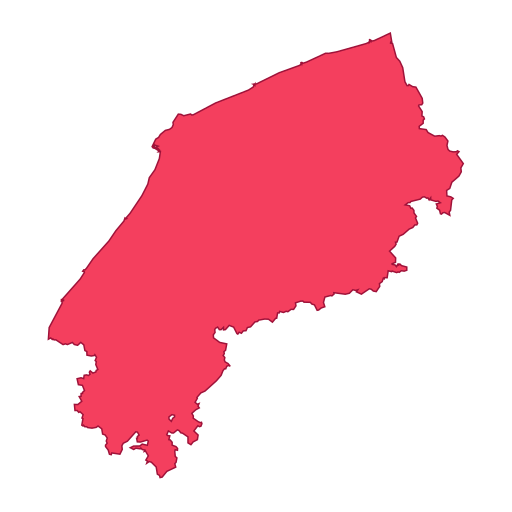 Marche, Macerata, Italy, rotated 268°
{"feature_id": "23120603B49951072422318", "entity_name": "Marche", "entity_type": "district", "adm_level": 2, "iso_a3": "ITA", "parent_name": "Italy", "parent_adm1": "Macerata", "projection": "equal_earth", "projection_center": [13.047, 43.328], "detail": "fine", "context": "isolated", "style": "filled", "palette": "rose", "viewbox_px": 512, "rotation_deg": 268, "n_neighbors": 0, "source": "geoboundaries", "source_scale": "gbopen_adm2", "svg_char_len": 5962}
<svg xmlns="http://www.w3.org/2000/svg" viewBox="0 0 512 512"><g transform="rotate(268 256 256)"><path d="M114.0,69.3L107.9,69.7L107.8,71.9L105.9,73.4L106.5,74.7L103.5,77.7L100.1,76.4L99.6,77.4L93.0,76.0L92.2,77.1L92.9,77.8L91.4,78.8L91.3,80.8L90.4,81.8L89.7,86.1L90.3,90.3L91.6,92.2L88.7,95.8L83.4,96.5L82.4,99.0L79.3,101.0L76.3,99.9L74.1,100.7L72.2,99.0L70.8,99.0L67.3,101.5L63.0,102.6L62.5,104.4L64.2,105.0L62.7,113.1L67.4,115.6L71.0,115.3L73.5,116.8L75.4,121.0L84.5,129.7L84.1,131.4L81.1,132.9L79.7,131.1L78.2,131.2L78.0,130.3L74.4,130.9L74.1,134.0L75.8,140.7L74.8,141.9L70.6,140.8L72.0,135.7L70.2,133.3L70.3,127.0L68.8,123.7L66.9,127.0L68.1,129.2L67.3,133.6L68.1,134.2L66.5,135.6L66.0,138.1L64.6,137.5L65.0,138.7L60.0,141.4L55.9,138.8L54.8,140.4L52.7,139.6L54.3,142.1L53.6,144.2L48.6,148.9L41.4,149.8L40.1,151.9L37.9,152.4L38.3,154.5L43.9,159.4L47.8,168.4L51.3,167.6L52.6,168.9L57.0,169.9L58.5,168.3L63.5,168.0L65.2,168.5L64.6,170.7L66.4,170.9L68.3,169.4L69.9,165.6L72.8,165.7L75.2,163.8L75.5,162.5L79.3,163.6L79.6,161.5L80.5,160.6L84.2,162.3L82.1,165.6L82.0,167.4L85.0,171.4L84.2,173.0L81.9,174.7L81.5,176.4L77.6,181.7L71.6,181.5L69.7,184.4L72.4,186.7L74.5,191.0L79.1,191.9L83.3,187.8L88.4,192.0L87.4,193.5L87.8,195.0L90.3,196.1L91.7,195.7L91.4,194.7L92.4,192.5L96.1,187.6L98.3,187.8L101.0,186.4L104.4,190.4L106.2,194.0L108.0,192.8L110.5,193.9L109.9,192.2L111.9,190.0L115.8,192.4L116.7,192.0L121.1,196.1L122.8,200.3L132.7,212.1L138.0,217.0L142.6,219.0L144.4,220.6L144.3,221.8L146.8,222.9L147.6,224.8L146.7,226.4L149.5,224.3L151.2,221.5L153.1,220.7L155.6,221.3L157.7,219.7L159.5,220.9L161.5,220.6L162.9,222.3L169.2,223.7L170.9,216.7L175.7,210.7L178.7,210.6L181.0,212.4L184.0,212.2L185.3,213.2L186.3,215.2L183.7,216.8L183.6,218.5L185.8,221.0L183.3,221.0L183.5,222.9L187.6,226.8L185.7,231.2L179.2,234.2L178.6,235.1L180.4,236.5L179.3,238.7L181.6,240.7L181.7,243.4L184.8,244.9L185.4,248.1L190.2,252.7L190.5,255.3L191.8,256.4L192.7,262.5L192.4,266.3L189.3,270.1L193.1,273.5L193.1,274.5L198.4,275.6L198.3,277.2L199.8,277.7L198.6,281.5L199.7,284.2L199.2,285.9L201.5,289.2L201.3,291.7L204.8,294.2L207.8,293.8L209.3,299.0L209.3,301.3L208.2,302.3L207.8,308.7L206.1,310.0L205.1,312.7L199.6,315.2L199.8,316.7L201.8,319.4L202.9,323.0L207.2,321.8L212.6,323.4L213.9,329.2L213.5,330.5L215.3,332.7L216.6,332.5L214.7,343.9L215.5,348.0L218.9,351.6L218.1,354.4L218.7,356.6L216.7,355.1L214.2,360.0L219.3,368.1L218.7,370.1L216.9,372.0L216.2,374.9L221.3,378.6L224.1,378.4L226.0,381.2L229.4,382.5L228.7,383.3L229.9,383.7L229.7,386.3L236.6,387.6L235.6,391.0L236.2,391.5L234.5,396.0L235.1,397.4L234.7,398.6L236.2,400.7L235.7,403.6L236.5,406.2L239.7,406.3L241.3,401.1L242.8,399.7L242.0,398.1L243.0,398.5L243.1,397.6L240.5,395.9L242.2,394.7L242.9,391.8L243.5,391.7L244.8,395.2L249.2,395.5L256.2,389.6L260.8,395.0L262.9,396.4L264.9,395.9L265.0,397.4L270.8,399.7L272.5,403.8L277.6,410.1L279.0,413.7L281.5,415.8L281.5,417.8L283.1,418.7L288.5,416.7L289.9,417.8L293.5,415.4L296.1,415.4L298.5,413.7L298.3,412.4L300.9,411.3L301.9,406.9L304.0,409.8L304.0,411.8L305.1,412.7L307.1,422.1L309.0,424.3L309.3,426.3L307.8,428.7L308.1,429.8L306.0,431.0L308.1,432.6L306.0,432.6L304.3,437.7L304.6,439.8L302.8,442.1L301.7,438.0L299.3,439.0L297.5,438.4L295.3,441.1L291.8,441.8L291.4,442.8L292.7,444.3L292.9,446.1L289.9,451.1L293.2,450.6L294.8,452.0L305.2,453.6L306.7,455.1L308.3,452.8L309.4,448.9L314.9,448.8L316.8,452.0L322.9,454.3L328.8,461.6L333.0,464.1L336.9,463.8L341.1,466.4L350.6,460.1L353.2,462.5L354.1,461.0L353.2,459.9L353.2,456.6L354.1,453.3L355.8,451.6L359.9,450.7L364.2,451.8L368.3,449.0L370.1,446.5L369.4,445.1L369.9,443.5L369.5,438.8L373.4,432.2L376.4,430.5L377.6,423.7L379.9,423.6L382.8,427.7L385.9,427.8L387.1,429.1L389.2,428.4L390.2,426.7L394.5,427.1L400.3,423.7L401.3,424.2L401.4,426.9L403.0,428.0L407.8,427.6L419.2,421.7L419.8,418.4L422.1,414.9L421.0,414.2L421.0,412.9L425.0,410.9L439.1,409.2L445.6,406.5L449.5,403.2L463.5,399.9L464.0,397.9L465.1,398.1L464.9,399.2L474.1,398.0L467.1,381.6L466.8,379.5L468.2,377.4L468.4,376.4L467.2,378.7L466.3,378.5L466.7,378.0L465.7,377.0L467.4,377.3L465.5,376.1L464.4,373.3L457.2,343.7L456.0,335.8L456.2,332.6L448.0,313.2L447.0,309.6L447.7,308.9L447.7,307.7L447.3,307.2L447.6,308.8L446.8,309.4L447.3,308.8L446.2,308.5L447.3,308.1L445.1,306.6L438.4,285.7L428.1,262.8L427.7,261.1L428.0,260.9L427.8,259.4L427.3,260.4L427.9,260.9L426.5,260.8L427.2,259.9L425.1,259.3L422.1,254.3L410.4,221.1L399.3,198.2L399.2,196.6L400.2,195.6L398.7,188.7L400.2,185.9L400.5,183.3L392.5,177.7L390.1,177.9L387.3,176.5L385.6,174.0L384.7,169.8L380.8,164.7L377.9,162.8L376.3,159.9L368.9,156.0L368.0,156.7L369.7,157.8L367.7,157.7L367.6,157.8L366.7,157.9L370.4,158.7L369.2,162.0L367.7,158.8L367.8,159.6L367.0,158.9L365.5,161.1L366.4,160.5L367.1,161.0L366.3,161.4L367.2,162.4L366.3,161.8L365.4,163.0L364.7,162.3L365.4,161.5L363.3,162.5L364.5,162.4L365.2,163.1L364.2,163.7L363.6,162.8L363.7,164.1L356.7,162.8L345.7,158.0L338.0,152.1L331.6,150.4L320.3,144.1L303.0,131.6L298.3,127.2L298.5,126.1L297.8,127.7L297.4,126.5L298.1,126.5L297.9,126.7L297.8,127.4L298.3,126.3L295.5,125.2L286.1,116.8L276.1,109.5L259.0,93.1L249.7,86.2L248.1,84.6L248.2,83.4L246.8,82.3L246.3,83.9L245.4,83.9L239.1,79.5L219.3,60.7L219.3,59.8L218.5,62.8L219.1,60.0L217.8,59.9L218.2,60.9L218.3,62.8L217.7,60.5L215.6,60.6L191.7,46.8L180.1,45.6L181.3,48.0L179.7,49.5L180.2,50.1L179.2,51.3L179.2,53.1L174.2,60.1L174.9,62.5L174.1,64.4L176.0,69.5L173.9,71.3L173.0,74.6L175.8,77.9L173.2,80.8L167.5,81.7L166.4,83.6L162.8,83.6L161.8,87.9L162.2,91.0L163.0,91.5L160.4,93.1L157.1,91.6L156.1,92.7L153.1,92.1L148.1,94.0L147.2,92.3L145.7,91.9L144.7,88.9L147.0,86.3L145.7,85.4L143.6,86.0L142.4,84.3L143.1,82.7L142.8,80.1L139.5,79.5L140.4,76.9L139.6,72.9L133.6,74.0L132.8,78.0L127.5,79.9L125.7,77.8L124.7,77.8L124.6,76.4L121.9,76.3L121.7,74.4L116.9,76.8L113.8,72.8L114.0,69.3ZM98.1,163.3L100.4,166.4L99.7,169.0L98.0,169.0L96.8,167.2L93.7,165.6L96.0,163.4L98.1,163.3Z" fill="#f43f5e" stroke="#9f1239" stroke-width="1.5"/></g></svg>